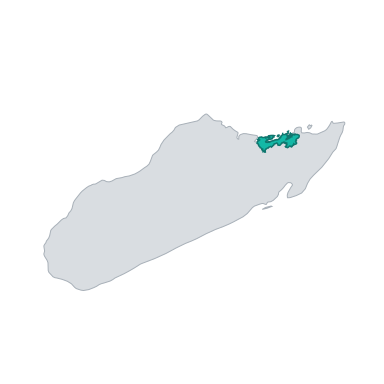 Analalava, Sofia, Madagascar (highlighted), rotated 49°
{"feature_id": "10022922B21608854890468", "entity_name": "Analalava", "entity_type": "district", "adm_level": 2, "iso_a3": "MDG", "parent_name": "Madagascar", "parent_adm1": "Sofia", "projection": "natural_earth1", "projection_center": [47.842, -14.668], "detail": "fine", "context": "in_parent", "style": "filled", "palette": "teal", "viewbox_px": 384, "rotation_deg": 49, "n_neighbors": 0, "source": "geoboundaries", "source_scale": "gbopen_adm2", "svg_char_len": 8467}
<svg xmlns="http://www.w3.org/2000/svg" viewBox="0 0 384 384"><g transform="rotate(49 192 192)"><path d="M245.7,39.7L246.6,42.2L247.7,44.6L251.1,50.3L252.5,52.5L253.8,54.9L254.3,59.6L256.5,66.9L258.5,77.9L259.1,89.2L259.7,94.4L261.3,99.2L263.9,104.3L264.7,109.9L263.1,115.7L260.8,121.2L260.2,122.2L259.1,123.6L258.6,123.5L256.8,122.1L255.3,119.8L253.4,114.4L252.7,111.6L251.9,111.2L249.7,111.4L248.1,113.1L247.8,114.2L248.1,117.3L248.7,120.0L249.0,122.8L249.0,126.4L249.6,127.4L250.5,128.3L251.4,130.6L251.6,136.1L251.0,138.9L249.4,141.3L249.5,142.6L250.1,143.9L249.5,144.7L247.4,145.8L246.6,146.7L245.5,149.1L243.6,154.1L243.4,156.6L244.5,164.3L244.2,169.7L241.8,180.2L240.5,185.1L238.6,191.0L235.7,198.8L232.8,208.6L230.4,218.7L228.6,224.7L226.5,230.7L223.7,241.2L221.3,252.0L217.8,263.7L213.0,276.9L212.5,278.6L211.5,285.3L210.4,291.1L209.1,296.9L206.4,306.4L206.1,309.4L205.5,312.2L202.9,318.2L201.8,320.4L201.0,322.8L200.6,325.8L199.8,328.7L197.9,334.0L195.1,338.6L193.2,340.2L189.0,342.7L186.9,343.1L182.2,343.2L177.7,344.6L172.9,347.2L168.4,350.3L166.7,351.7L164.8,352.5L158.8,352.7L156.9,352.0L150.9,347.1L148.6,346.2L144.2,345.5L142.8,345.1L141.6,344.5L139.8,341.9L136.2,339.7L135.4,339.0L134.8,337.5L134.5,335.8L133.5,334.0L132.8,330.5L131.6,328.1L128.3,323.7L128.0,322.4L127.7,317.8L127.8,314.7L127.4,309.0L127.7,306.4L128.9,304.0L128.4,301.4L127.1,298.7L126.7,295.8L125.7,293.3L122.3,288.6L121.4,286.3L120.9,284.0L119.5,276.6L119.3,274.1L119.5,268.7L119.9,265.9L120.7,263.9L120.9,262.5L121.5,261.2L122.3,260.2L122.8,259.1L124.1,252.1L125.7,250.6L128.1,249.7L130.0,247.9L131.1,245.5L132.2,240.4L135.2,235.4L136.3,232.8L138.7,228.8L140.9,223.3L141.5,220.6L142.0,217.9L142.5,212.0L142.9,209.1L142.8,206.2L141.5,203.2L138.5,197.8L138.4,196.7L138.6,192.7L138.4,189.8L137.2,186.9L135.8,184.1L134.4,179.0L133.7,170.5L133.8,167.5L133.4,164.8L132.4,162.2L133.1,157.7L141.9,141.3L142.2,139.3L141.8,134.3L142.0,131.4L142.3,130.3L143.0,129.7L144.5,129.4L151.7,128.7L152.7,128.2L154.5,126.8L156.9,124.1L158.1,123.4L159.1,123.6L159.7,124.8L160.5,125.4L163.4,124.2L164.5,124.2L165.7,124.4L166.2,123.2L166.5,121.7L167.0,120.7L167.7,120.1L171.5,119.8L173.9,119.3L177.0,118.3L177.7,118.5L180.2,122.3L180.9,122.6L181.9,122.7L182.8,122.1L180.7,120.1L180.4,119.0L180.5,117.7L181.6,115.0L183.4,113.0L187.5,109.8L191.7,106.2L192.9,105.9L193.9,106.5L194.7,110.8L194.6,111.5L195.3,111.6L196.1,111.1L196.8,109.3L196.8,107.9L196.2,106.5L196.0,105.4L195.9,104.3L198.1,101.8L199.7,99.4L200.5,96.5L201.2,95.2L203.0,93.7L203.5,93.9L203.9,95.1L204.1,96.4L203.7,97.7L203.0,99.0L202.8,100.6L203.8,101.0L204.7,100.6L206.1,97.5L207.6,94.6L208.6,93.1L209.8,92.1L211.7,92.3L213.6,92.9L210.5,89.9L209.7,85.8L213.4,78.6L213.5,77.1L214.0,76.6L214.3,76.0L212.3,73.6L212.0,72.4L212.2,70.5L213.1,68.9L214.0,67.8L215.2,67.4L216.1,68.0L218.1,70.0L219.5,70.3L221.2,68.4L222.6,66.0L224.6,64.3L227.0,63.3L230.5,59.5L232.9,51.7L233.1,49.4L232.5,46.6L231.7,43.9L230.4,40.6L230.7,39.9L232.7,40.3L233.3,39.8L235.4,36.9L238.9,31.3L240.1,31.3L241.1,32.4L241.4,33.9L242.1,35.0L244.5,37.7L245.7,39.7ZM221.3,61.8L221.3,62.7L218.7,62.3L218.2,59.4L219.5,59.3L219.8,58.0L220.6,57.9L221.5,60.5L221.3,61.8ZM253.5,146.0L251.2,150.4L251.9,146.7L254.5,141.5L255.3,141.1L253.5,146.0Z" fill="#d9dde1" stroke="#a8b0b8" stroke-width="1"/><path d="M210.0,110.4L209.5,110.2L208.9,109.6L208.4,109.3L208.2,108.4L208.0,108.1L208.3,107.6L208.2,106.9L208.3,106.6L208.4,105.9L208.5,105.6L208.8,105.5L208.6,104.9L208.6,104.3L208.9,103.9L209.0,103.6L209.1,103.1L209.3,102.7L209.9,102.4L210.2,102.5L210.3,101.2L210.0,100.8L210.2,99.8L210.1,99.1L209.7,98.9L209.6,98.6L209.6,98.4L209.8,98.4L209.8,98.1L210.2,97.5L210.4,96.1L210.7,95.8L211.5,95.7L211.8,96.0L212.4,96.0L213.1,96.3L213.2,96.0L213.8,95.8L214.1,95.5L214.4,94.9L214.4,94.5L214.2,93.4L214.2,92.8L213.9,92.2L213.9,91.7L214.3,91.5L214.2,91.2L214.6,90.9L214.6,90.7L214.4,90.3L214.4,90.1L214.9,89.7L215.1,89.4L215.3,89.4L215.5,90.0L215.8,90.1L216.3,89.7L216.1,89.3L216.2,89.1L216.5,89.2L216.7,88.9L216.9,89.4L217.4,89.3L217.5,89.1L217.6,89.5L218.0,89.6L218.1,89.4L217.9,89.3L217.9,89.1L218.6,89.3L218.9,90.4L218.9,91.7L219.6,91.8L219.9,91.6L220.0,91.2L220.6,90.9L221.0,91.0L221.3,90.6L221.4,89.4L221.3,88.3L221.5,87.9L221.9,87.7L223.1,87.5L223.3,87.3L223.3,86.8L223.2,86.2L222.8,85.9L222.9,85.5L223.0,85.5L223.2,84.6L222.8,84.4L222.7,83.9L222.5,83.6L223.1,83.6L223.4,83.4L224.0,82.0L224.0,81.5L223.7,80.9L223.2,80.9L222.0,80.9L221.8,79.6L221.7,79.6L221.6,79.8L221.3,79.9L220.9,79.4L220.7,79.0L220.6,78.0L220.7,76.7L220.9,76.5L221.0,76.3L220.8,75.4L220.7,75.0L219.6,74.0L219.1,74.0L218.3,74.5L217.9,74.8L217.6,74.8L217.0,75.6L216.5,75.9L216.3,76.2L216.2,76.1L215.8,76.2L215.8,76.3L215.8,76.5L216.1,76.9L215.8,77.0L215.9,77.3L214.9,77.7L215.1,78.2L214.6,78.8L214.6,79.4L215.1,79.3L215.3,79.4L215.3,79.7L215.2,80.1L215.3,80.2L215.2,80.2L215.1,80.4L215.2,80.9L215.3,81.2L215.4,81.3L215.6,81.1L215.5,81.3L215.0,81.2L214.9,81.4L215.1,81.5L215.0,81.8L215.1,81.5L214.8,81.4L214.6,81.6L214.6,82.0L214.8,81.8L214.8,82.1L214.8,81.9L214.6,82.0L214.4,81.8L214.4,82.1L214.7,82.2L214.8,82.5L214.6,82.7L214.8,82.9L214.7,83.0L215.2,83.3L215.0,83.2L215.1,83.4L214.6,83.7L215.0,83.8L215.0,84.1L214.9,83.8L214.4,83.7L214.6,84.3L214.8,84.4L214.7,84.5L214.5,84.3L214.2,84.2L214.5,84.1L214.2,83.7L214.1,84.2L214.5,84.9L214.3,84.9L214.2,84.8L214.2,85.0L214.4,85.1L214.2,85.1L214.1,85.4L214.2,85.6L214.4,85.9L214.6,86.2L214.2,85.8L213.9,85.9L214.3,86.6L214.2,86.7L214.0,86.1L213.8,86.0L213.8,85.7L214.0,85.5L214.0,84.9L213.7,84.7L213.4,84.1L213.6,84.2L213.6,83.7L213.7,83.4L213.7,83.2L213.9,82.1L214.2,81.1L214.4,80.9L214.2,80.0L213.6,79.9L213.4,80.1L213.5,80.4L213.2,79.9L213.4,80.0L213.3,79.8L213.5,79.9L213.0,79.3L212.5,79.1L212.1,79.2L212.2,79.4L212.6,79.2L212.3,79.7L212.8,80.2L213.0,80.7L213.3,80.9L213.0,82.4L213.0,82.7L212.7,83.1L212.4,82.7L211.9,83.2L211.2,83.1L210.5,82.2L210.3,82.1L210.1,82.6L209.8,82.6L209.7,82.9L209.8,84.0L208.6,85.2L208.2,86.6L208.1,87.5L208.3,87.7L208.2,87.9L208.4,88.1L208.3,88.4L208.6,88.6L209.0,89.4L208.8,89.4L208.9,89.8L208.6,90.2L208.6,90.5L208.8,90.7L208.8,91.2L209.2,91.9L209.1,92.1L208.9,92.3L208.8,92.9L208.7,93.2L208.4,93.5L208.1,93.5L207.8,94.0L208.0,94.1L207.8,94.6L207.3,95.0L206.9,95.8L207.0,96.4L206.8,96.8L206.5,97.0L206.5,97.3L206.0,98.1L205.7,99.1L205.2,99.7L205.5,100.2L205.2,100.6L205.2,101.1L204.7,101.4L205.1,101.0L205.1,100.4L204.7,100.7L204.1,101.5L204.1,101.9L203.8,102.6L204.1,102.5L203.9,102.8L203.3,103.1L203.2,103.1L203.2,103.3L202.9,103.5L202.8,104.0L202.9,103.4L202.6,103.6L202.3,103.5L202.1,103.2L202.2,102.1L202.5,101.6L202.2,100.3L203.8,97.9L204.5,96.4L204.4,96.2L204.3,96.3L204.0,96.3L204.1,95.9L203.8,95.2L203.9,94.8L203.7,94.9L203.6,94.6L203.8,94.8L204.2,94.0L203.7,93.7L203.5,93.3L203.5,93.0L203.5,92.9L202.5,93.7L202.7,94.0L202.5,93.9L201.3,95.1L199.8,97.4L199.9,97.6L200.0,97.9L200.2,98.1L200.6,97.9L200.9,98.2L201.0,98.0L200.9,97.5L201.2,97.3L201.5,97.6L201.9,97.5L201.9,97.8L201.7,97.9L201.7,98.1L201.4,98.5L201.7,98.4L201.5,98.6L201.4,98.7L201.1,98.8L201.0,98.5L200.8,98.6L200.9,98.9L200.7,99.1L200.8,98.8L200.5,98.8L200.2,99.1L199.8,99.2L199.4,99.7L199.4,99.9L199.2,100.2L199.4,100.3L199.2,100.3L198.9,100.5L199.6,100.9L199.3,100.9L199.2,100.7L198.9,100.7L198.8,100.4L198.3,100.8L198.5,100.7L198.6,100.8L198.5,101.3L198.1,102.1L198.4,102.4L198.2,102.3L198.0,102.2L196.9,103.2L196.2,103.3L195.0,105.2L194.9,106.3L195.4,106.6L195.5,107.2L195.9,107.2L196.2,107.0L196.1,107.4L196.1,107.5L196.0,107.4L195.9,107.7L196.0,107.9L195.8,108.1L196.3,108.2L197.1,107.7L196.9,109.3L197.5,110.1L197.6,110.8L197.9,111.0L198.5,110.9L199.0,110.5L199.5,110.6L199.8,110.6L200.1,111.0L200.5,111.0L201.1,111.3L201.8,111.3L202.4,111.1L203.2,111.5L203.9,111.1L205.0,110.9L205.5,111.3L205.8,110.7L206.1,110.5L206.6,111.2L206.7,111.6L207.0,111.7L207.5,111.4L207.8,111.5L207.9,111.3L208.1,111.6L208.2,111.2L208.5,111.5L208.8,111.1L209.8,110.9L210.0,110.6L210.0,110.4ZM206.2,89.8L206.4,89.2L206.1,89.0L205.8,89.4L205.9,90.0L205.6,90.1L205.8,90.8L206.3,90.5L206.6,90.7L206.8,90.4L206.8,89.9L206.6,90.0L206.5,89.7L206.2,89.8ZM210.5,80.6L210.2,80.4L210.3,80.6L210.2,81.0L210.7,81.3L210.8,81.3L210.9,81.1L210.5,80.6ZM209.5,79.7L209.4,79.4L209.2,79.6L209.2,79.9L209.5,79.7ZM214.5,82.7L214.8,82.5L214.5,82.4L214.4,82.6L214.5,82.7ZM207.0,85.6L207.3,85.4L207.2,85.3L207.0,85.6ZM214.5,82.4L214.4,82.2L214.3,82.3L214.5,82.4ZM214.7,82.4L214.7,82.2L214.5,82.3L214.7,82.4ZM215.0,83.4L214.9,83.4L215.0,83.4Z" fill="#14b8a6" stroke="#0f766e" stroke-width="1.5"/></g></svg>